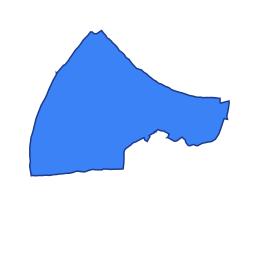 Pikine, Dakar, Senegal (Natural Earth projection), rotated 202°
{"feature_id": "50182788B8601261498481", "entity_name": "Pikine", "entity_type": "district", "adm_level": 2, "iso_a3": "SEN", "parent_name": "Senegal", "parent_adm1": "Dakar", "projection": "natural_earth1", "projection_center": [-17.365, 14.773], "detail": "fine", "context": "isolated", "style": "filled", "palette": "blue", "viewbox_px": 256, "rotation_deg": 202, "n_neighbors": 0, "source": "geoboundaries", "source_scale": "gbopen_adm2", "svg_char_len": 2742}
<svg xmlns="http://www.w3.org/2000/svg" viewBox="0 0 256 256"><g transform="rotate(202 128 128)"><path d="M53.8,190.0L54.7,189.6L57.5,189.0L60.5,188.1L62.4,187.4L63.5,186.9L66.1,185.9L69.6,184.3L72.1,183.8L73.0,183.4L74.2,182.9L74.8,182.7L75.9,182.3L79.1,182.0L83.5,181.1L86.5,181.1L89.1,180.9L91.3,180.8L92.8,180.5L96.8,180.1L99.3,179.9L102.3,179.9L105.0,180.7L106.8,180.8L107.0,180.5L109.6,180.7L113.4,181.2L116.6,180.9L119.3,181.9L122.3,182.2L125.9,183.3L128.7,184.1L131.1,185.2L134.0,185.6L137.4,186.9L138.1,186.8L138.5,186.8L139.9,186.6L142.5,186.5L144.7,187.5L148.5,189.3L152.8,191.9L152.8,192.0L153.0,192.0L156.1,192.5L159.2,194.8L162.3,195.9L165.0,196.5L168.4,198.9L170.9,200.1L173.8,201.1L176.2,202.4L179.1,203.5L181.0,203.6L183.4,205.5L186.5,207.0L189.0,208.5L192.6,203.4L195.1,202.8L197.2,203.6L198.8,203.0L199.9,198.8L202.5,192.5L203.5,187.6L204.3,184.7L206.0,180.4L206.6,177.4L207.1,175.0L208.0,171.3L208.6,167.8L209.1,166.4L210.2,162.7L211.4,161.9L214.6,152.0L215.1,152.3L214.4,150.6L215.3,144.4L215.8,133.8L215.7,129.0L215.9,124.6L217.0,116.6L216.8,102.5L214.8,89.1L214.3,82.7L211.8,73.3L208.6,65.4L208.3,64.8L206.0,60.4L205.0,56.0L199.8,47.5L198.5,48.3L196.8,48.8L194.6,49.6L192.7,50.7L189.9,51.7L187.0,53.3L182.9,54.7L180.0,56.6L176.7,58.2L174.5,59.6L171.7,60.9L168.6,62.7L167.5,63.2L165.2,64.2L162.4,66.2L159.7,68.6L157.8,69.3L154.6,70.1L151.8,71.0L149.8,72.8L147.6,74.7L145.2,76.4L142.2,77.2L139.6,78.2L136.3,79.6L135.6,80.7L131.6,82.2L128.0,83.3L127.2,83.8L125.4,84.6L121.6,86.2L118.9,87.4L117.2,88.2L118.7,93.7L120.8,99.5L121.9,102.1L122.4,103.5L122.7,104.2L122.8,104.7L122.9,105.3L122.9,105.9L122.8,106.8L122.5,107.4L122.3,108.1L121.9,108.9L121.6,109.2L118.9,113.5L118.1,115.6L117.5,116.3L115.3,118.4L114.3,119.6L113.9,120.2L112.0,122.3L111.7,122.8L109.9,124.5L109.5,125.0L108.0,123.2L106.1,122.9L105.2,122.7L105.1,123.9L104.7,126.6L104.5,128.2L105.6,128.9L104.0,130.9L104.1,131.0L101.7,133.6L102.2,134.0L101.4,135.1L100.7,134.9L100.0,137.7L96.8,137.7L94.1,138.5L91.3,138.3L87.6,137.8L87.7,134.3L88.0,133.8L87.5,134.0L85.7,133.8L83.3,133.5L81.1,133.2L80.2,133.2L79.5,133.4L78.5,133.9L77.3,135.2L75.8,137.8L75.5,138.5L75.4,138.6L75.0,138.8L74.9,138.9L74.5,139.5L74.3,139.8L72.5,138.9L70.8,138.6L68.8,136.2L66.3,134.7L65.5,134.4L64.8,134.4L63.6,135.0L61.8,136.7L60.6,137.4L60.0,137.2L59.0,137.2L58.0,137.3L57.0,137.5L55.9,138.7L54.9,140.0L53.1,141.9L51.5,143.0L50.4,143.6L48.8,144.9L46.6,146.0L45.3,146.9L44.6,147.8L43.8,149.1L42.9,150.0L42.4,152.1L41.7,155.8L41.6,157.1L41.7,161.4L42.0,165.9L42.4,171.5L42.4,172.6L41.6,172.8L39.0,173.3L39.8,174.4L40.5,175.0L41.2,178.0L42.0,182.7L42.9,186.4L43.6,189.1L44.1,190.2L44.5,190.9L51.8,185.5L51.8,185.4L53.8,190.0Z" fill="#3b82f6" stroke="#1e3a8a" stroke-width="1.5"/></g></svg>